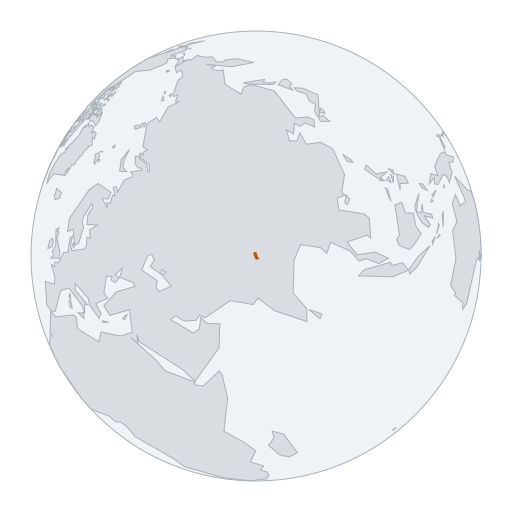 globe centered on Mahakali, rotated 314°
{"feature_id": "NPL-1128", "entity_name": "Mahakali", "entity_type": "Administrative Zone", "adm_level": 1, "iso_a3": "NPL", "parent_name": "Nepal", "parent_adm1": "", "projection": "orthographic", "projection_center": [80.565, 29.386], "detail": "fine", "context": "on_globe", "style": "filled", "palette": "amber", "viewbox_px": 512, "rotation_deg": 314, "n_neighbors": 0, "source": "natural_earth", "source_scale": "10m", "svg_char_len": 11657}
<svg xmlns="http://www.w3.org/2000/svg" viewBox="0 0 512 512"><g transform="rotate(314 256 256)"><circle cx="256" cy="256" r="225" fill="#eef3f6" stroke="#a8b0b8"/><path d="M323.5,41.1L323.6,41.3L337.0,48.3L347.4,52.8L340.3,50.6L364.0,61.4L375.2,69.5L358.8,59.2L354.2,57.3L359.9,61.8L356.5,61.0L357.2,62.9L352.6,61.8L343.4,56.5L340.2,55.8L344.4,59.2L342.5,60.6L336.7,55.7L332.7,57.8L316.5,50.8L304.9,41.1L292.1,38.6L270.2,32.9L268.4,33.4L259.0,32.4L253.5,32.9L251.0,32.3L248.7,33.3L252.0,33.8L252.1,34.6L249.2,35.1L245.5,34.2L246.4,33.8L243.8,33.9L243.2,33.3L241.8,33.9L237.7,33.2L237.4,34.8L230.4,35.0L228.9,34.3L234.8,33.2L246.1,30.9L265.7,30.9L285.3,32.6L304.6,36.0L323.5,41.1ZM214.3,34.6L213.4,34.8L217.9,34.3L211.0,35.9L201.8,37.8L197.7,38.5L193.5,39.7L192.3,40.5L179.8,44.1L163.0,50.9L160.4,52.0L160.5,52.0L177.9,44.7L195.9,38.9L214.3,34.6ZM355.5,56.6L352.1,54.4L356.6,56.9L355.5,56.6ZM358.2,63.4L360.3,64.5L359.8,65.1L358.2,63.4ZM221.5,33.6L219.7,34.0L219.8,33.9L221.5,33.6ZM225.0,33.2L226.4,32.9L228.3,32.7L227.4,32.9L225.0,33.2ZM352.2,64.0L350.8,65.1L350.7,63.0L352.2,64.0ZM223.0,33.8L231.5,32.4L234.8,32.1L234.3,32.9L223.0,33.8ZM348.9,65.0L345.6,68.2L350.0,70.5L335.8,66.3L343.3,64.7L342.4,61.7L345.6,64.1L348.9,65.0ZM254.4,33.8L250.7,33.3L256.5,33.4L254.4,33.8ZM258.1,33.8L275.8,34.1L279.7,35.5L273.0,34.9L280.3,36.9L273.6,37.4L268.0,36.5L266.8,35.3L265.1,36.5L258.1,33.8ZM328.4,63.8L326.3,64.0L326.8,62.8L328.4,63.8ZM252.6,34.9L255.9,34.7L259.5,35.9L253.7,36.6L254.4,36.0L252.6,34.9ZM285.6,37.4L287.3,38.7L282.3,39.4L282.2,40.0L273.7,37.6L285.6,37.4ZM252.1,36.0L250.7,37.1L246.3,37.1L249.7,35.3L252.1,36.0ZM262.9,35.9L264.4,36.6L261.7,36.4L262.9,35.9ZM229.8,38.5L233.6,37.7L235.8,38.2L229.8,38.5ZM250.5,37.5L252.0,37.5L253.3,37.7L251.5,38.5L250.5,37.5ZM270.8,38.4L268.3,38.6L274.0,39.4L270.5,40.3L265.5,38.6L266.1,39.7L265.1,40.0L262.2,38.4L270.8,38.4ZM253.7,40.1L246.0,38.8L238.5,39.9L236.3,39.4L248.8,37.8L253.7,40.1ZM258.9,39.2L255.2,39.6L254.3,38.5L256.4,37.7L258.9,39.2ZM269.9,41.6L276.6,40.7L277.5,41.1L269.9,41.6ZM251.6,40.5L253.5,40.9L251.2,40.7L251.6,40.5ZM264.5,41.4L266.7,40.9L267.7,41.4L264.5,41.4ZM255.4,42.1L252.9,41.6L254.2,40.9L255.4,42.1ZM259.7,41.9L260.4,42.7L256.2,40.9L260.5,41.6L259.7,41.9ZM265.0,41.9L266.3,42.1L263.9,42.1L265.0,41.9ZM251.8,45.3L246.2,43.2L249.1,41.5L254.2,43.7L251.8,45.3ZM32.5,228.2L40.3,190.9L43.3,182.7L48.8,169.4L73.5,146.8L73.3,154.4L86.6,165.4L87.3,169.2L79.8,177.9L85.0,202.7L93.7,197.3L104.4,214.2L115.2,219.9L129.5,202.2L111.8,192.3L114.6,180.9L133.5,180.6L149.9,190.1L151.5,186.1L146.0,172.7L154.8,168.1L144.7,167.6L145.1,172.8L138.8,173.0L138.1,168.3L141.2,166.6L137.7,162.4L123.7,172.3L122.6,178.7L110.3,173.9L107.2,184.4L102.1,186.5L105.4,169.9L108.9,165.3L110.8,145.0L106.0,149.2L103.9,168.9L102.3,166.0L95.8,172.7L99.5,165.3L103.1,143.6L95.4,139.5L76.8,150.0L74.1,147.1L75.8,139.1L91.3,122.1L95.6,130.7L101.2,125.8L107.8,114.7L108.5,118.6L111.8,115.4L114.1,118.6L124.8,115.3L128.3,118.0L139.6,109.7L143.0,110.2L135.3,114.8L131.9,119.8L141.5,127.6L145.4,127.1L152.0,121.3L153.8,124.6L159.0,118.1L168.0,120.4L161.3,112.4L168.9,106.5L178.2,104.5L179.5,101.4L164.3,104.7L159.4,107.5L157.0,111.9L142.4,119.4L137.6,118.4L148.3,105.9L142.6,103.5L153.5,95.7L187.8,90.0L198.4,91.9L201.1,107.4L194.5,110.0L190.2,105.5L187.6,115.1L190.9,111.7L192.5,114.7L200.1,110.6L201.5,112.6L206.3,105.5L208.9,107.5L205.8,112.0L219.3,108.5L226.6,111.9L229.0,110.3L229.4,107.5L238.4,114.2L239.8,112.7L237.4,109.9L238.4,105.3L243.9,99.9L246.7,102.5L245.1,104.8L246.0,113.9L241.4,120.1L243.1,120.6L247.8,116.0L246.7,104.8L249.2,100.9L250.7,105.8L250.3,103.7L252.4,102.7L257.2,104.2L255.9,98.8L275.4,85.8L286.5,88.2L285.6,93.5L302.2,89.3L313.4,93.7L311.1,90.9L317.5,87.8L314.1,86.3L313.5,84.8L328.3,77.8L334.0,78.7L337.8,73.8L336.7,72.6L332.7,71.5L335.8,66.3L350.0,70.5L351.9,73.0L359.5,74.5L362.8,80.4L369.0,86.4L368.2,93.0L373.3,97.7L375.7,97.8L384.3,104.8L393.7,120.0L375.4,107.1L359.3,87.2L364.9,94.9L360.5,93.3L360.6,96.2L364.9,102.1L367.3,102.7L358.0,114.7L362.0,132.8L369.4,129.8L376.4,133.8L387.5,154.9L382.6,188.5L392.0,196.7L394.1,203.1L389.5,208.6L386.2,199.2L379.5,197.3L378.3,191.5L369.8,198.2L367.8,190.3L362.2,199.9L367.0,205.5L375.2,202.1L371.2,214.5L382.6,223.5L386.5,236.5L376.1,263.1L361.6,273.3L361.2,277.6L354.1,274.1L346.7,283.7L361.5,304.7L361.7,311.3L348.7,326.0L348.1,321.3L329.3,311.8L327.1,327.9L341.4,338.8L346.4,352.8L336.0,349.7L330.8,337.4L324.1,333.7L325.0,320.0L317.6,300.2L307.0,305.0L306.9,296.6L295.1,280.2L279.4,286.3L255.1,308.5L253.3,329.4L244.2,338.1L229.5,307.4L227.0,286.5L219.1,287.7L206.1,268.5L176.2,262.3L174.2,256.3L168.1,257.5L159.3,249.7L157.3,239.8L150.9,238.6L157.0,264.6L164.1,266.0L173.3,259.0L173.4,267.7L182.1,277.1L164.1,293.3L123.5,299.1L123.5,282.8L113.2,231.5L115.7,227.2L115.8,226.6L115.9,225.5L110.9,232.1L110.5,222.3L111.7,256.6L110.2,269.9L122.8,299.8L120.7,301.5L125.9,308.4L147.7,309.3L146.9,314.3L134.2,334.2L107.6,354.7L113.5,375.8L115.5,391.2L104.1,395.0L110.3,407.4L105.2,407.9L108.4,414.1L107.2,417.7L103.3,418.5L91.1,408.8L86.2,402.7L73.7,386.4L54.6,350.4L53.3,339.3L50.4,327.4L42.1,294.4L43.6,281.8L42.4,273.6L39.3,270.6L38.5,260.7L37.1,257.7L31.4,243.9L32.5,228.2ZM58.7,162.6L56.5,166.2L58.7,162.6ZM163.1,211.1L175.5,216.0L177.0,201.6L181.9,202.5L180.5,197.5L177.0,200.6L174.8,187.3L182.7,185.6L184.8,179.8L180.7,178.0L166.6,183.5L169.6,202.1L163.7,206.2L163.1,211.1ZM127.3,97.0L125.6,100.3L121.1,102.9L116.8,101.1L123.2,97.1L127.3,97.0ZM124.4,104.6L136.3,93.6L139.5,94.8L135.7,95.9L136.6,97.8L130.7,100.1L122.2,112.7L117.6,115.9L112.0,109.8L116.3,109.8L117.6,106.3L124.4,104.6ZM160.9,68.8L166.1,65.5L166.4,72.1L161.5,74.5L156.8,72.4L159.8,68.4L160.9,68.8ZM220.6,36.1L222.5,35.4L223.5,35.5L222.7,36.1L220.6,36.1ZM231.4,38.1L213.0,39.4L214.3,38.6L202.0,41.1L200.7,40.1L208.7,38.3L198.5,39.8L205.2,37.9L197.8,39.3L215.9,35.6L221.5,34.4L215.7,36.0L216.8,36.8L219.0,36.8L229.3,36.2L241.9,34.7L245.0,35.8L243.8,37.0L241.2,37.5L240.0,36.5L237.4,38.0L233.8,37.0L231.4,38.1ZM228.0,58.5L227.7,55.8L221.9,61.2L218.2,59.1L217.8,59.9L212.8,59.6L205.9,60.8L205.1,59.6L202.8,60.7L199.4,60.7L195.9,61.9L193.2,60.2L188.8,61.6L190.1,60.1L183.1,63.0L187.1,60.2L183.1,60.4L181.4,63.0L175.3,54.2L169.7,53.7L162.8,55.1L170.5,50.8L181.9,47.2L193.7,45.0L198.0,46.5L200.7,44.7L203.6,45.0L200.3,46.3L207.1,44.5L208.6,45.2L219.1,45.0L228.1,42.6L232.2,42.8L229.4,44.1L235.4,43.4L233.0,46.1L235.8,46.4L236.3,49.7L229.3,52.6L233.0,52.7L233.5,55.6L228.0,58.5ZM251.7,46.2L244.1,49.4L238.4,50.1L240.0,44.2L237.7,43.5L238.6,40.4L246.9,39.7L245.9,40.6L246.8,41.3L243.9,41.2L247.0,41.9L245.7,43.3L247.7,44.3L244.7,45.0L251.7,46.2ZM91.7,167.4L92.9,169.3L95.6,171.2L91.5,175.8L91.7,167.4ZM93.8,152.6L95.4,153.3L91.0,160.0L89.8,158.3L93.8,152.6ZM100.1,148.2L95.9,152.8L97.4,149.3L100.1,148.2ZM137.2,115.3L139.4,115.9L138.1,117.5L135.2,119.0L137.2,115.3ZM210.0,76.2L210.8,74.0L212.3,73.8L217.9,69.7L221.1,71.2L219.0,74.2L210.0,76.2ZM124.4,203.9L119.0,206.0L118.4,203.3L120.3,203.1L124.4,203.9ZM102.8,190.5L106.0,196.1L101.7,191.7L102.8,190.5ZM214.4,77.1L216.4,75.2L216.8,77.2L214.4,77.1ZM223.8,72.1L224.9,74.1L222.2,70.9L223.8,72.1ZM226.0,474.9L230.0,476.1L226.2,475.7L226.0,474.9ZM147.0,399.8L143.3,422.4L134.5,419.4L129.4,411.2L128.5,396.6L137.7,395.3L141.3,389.3L147.0,399.8ZM394.0,374.0L399.2,373.1L398.9,374.0L394.0,374.0ZM388.6,372.7L394.8,371.2L387.3,374.9L388.6,372.7ZM397.2,370.5L403.5,366.8L406.2,364.5L405.6,366.5L397.2,370.5ZM384.3,374.0L359.8,379.5L349.8,379.0L352.4,375.4L368.6,373.0L384.3,374.0ZM351.6,375.5L336.0,368.8L313.0,343.7L321.3,343.4L345.0,357.2L343.6,360.3L353.0,366.1L351.6,375.5ZM388.4,350.5L386.8,359.4L373.5,362.0L367.3,362.0L363.1,351.8L365.5,345.7L370.6,344.8L389.2,320.5L396.0,323.5L390.6,333.4L396.0,339.5L388.4,350.5ZM254.4,331.4L260.2,343.7L255.2,345.5L254.4,331.4ZM395.7,304.4L388.9,315.2L394.8,301.6L395.7,304.4ZM398.6,292.0L399.6,296.4L396.1,292.9L398.6,292.0ZM362.0,284.0L356.6,286.2L356.0,282.9L362.5,278.3L362.0,284.0ZM389.4,247.6L391.2,257.3L390.8,260.9L387.5,255.7L389.4,247.6ZM244.5,91.0L233.1,94.7L227.0,99.2L226.9,104.3L222.2,99.1L231.6,92.1L244.5,91.0ZM271.2,85.9L271.3,82.1L274.5,83.1L274.9,84.2L271.2,85.9ZM269.0,84.1L263.0,80.7L265.1,78.2L269.4,81.3L269.0,84.1ZM238.3,77.9L234.7,78.8L234.5,77.0L238.3,77.9ZM412.7,417.9L412.5,418.1L409.8,420.3L413.0,415.7L409.0,419.4L415.1,412.8L408.1,419.7L408.9,416.9L404.8,418.2L368.1,440.6L361.4,441.7L366.0,437.0L365.5,425.9L368.0,425.4L369.9,416.5L393.2,401.5L410.7,379.9L420.4,376.7L429.7,361.0L438.6,356.9L434.1,368.1L441.2,368.9L451.4,343.4L450.4,362.6L451.9,365.5L446.5,376.2L436.3,391.0L425.0,404.9L412.7,417.9ZM474.6,309.6L475.1,307.7L475.0,308.3L474.6,309.6ZM406.9,370.6L414.6,361.6L418.4,359.6L406.9,370.6ZM474.8,308.0L474.1,309.5L474.4,308.1L474.8,308.0ZM475.3,305.0L475.5,303.4L475.2,306.5L475.3,305.0ZM474.4,304.2L474.9,305.3L474.2,304.8L474.4,304.2ZM473.7,305.8L473.0,305.8L473.1,305.2L473.7,305.8ZM461.0,322.9L464.3,329.0L460.7,332.4L457.0,329.8L452.4,338.9L443.0,344.2L445.7,338.9L444.9,333.8L434.1,337.3L431.9,334.5L436.1,329.9L428.4,330.3L436.9,324.5L440.0,331.0L444.6,322.2L451.7,319.4L458.1,317.5L462.3,319.6L461.0,322.9ZM436.2,342.3L437.6,341.6L436.1,344.6L436.2,342.3ZM471.6,304.0L472.6,305.9L472.4,307.1L471.8,307.5L471.6,304.0ZM463.5,317.3L468.4,306.2L469.4,305.2L466.0,315.8L463.5,317.3ZM467.6,303.0L469.5,301.8L470.3,304.4L469.8,305.9L467.6,303.0ZM419.0,342.8L418.5,345.2L416.2,344.3L419.0,342.8ZM422.1,340.2L428.9,339.7L421.4,342.4L422.1,340.2ZM399.7,340.3L401.9,345.0L409.0,339.2L403.5,346.0L408.0,353.1L406.2,356.9L401.9,349.1L399.7,359.4L396.5,360.2L395.2,352.4L398.6,341.1L401.7,335.8L414.3,329.7L399.7,340.3ZM422.2,333.7L420.3,328.1L421.6,323.4L423.7,325.9L422.2,333.7ZM414.1,314.9L408.3,309.3L403.7,313.7L412.6,300.0L416.7,307.7L414.1,314.9ZM408.4,300.0L404.0,304.1L408.1,296.4L408.4,300.0ZM402.6,301.9L401.5,296.8L405.3,296.4L402.6,301.9ZM410.7,299.4L410.6,290.1L412.9,294.8L410.7,299.4ZM398.5,285.4L407.4,291.6L396.8,291.1L393.8,273.8L398.1,272.1L398.5,285.4ZM406.3,206.6L403.8,202.0L407.0,199.5L407.8,203.4L406.3,206.6ZM415.0,188.6L407.0,197.4L400.1,205.0L403.5,206.4L404.1,215.5L397.8,209.1L400.7,197.6L406.4,193.4L404.8,186.0L407.5,179.5L403.2,171.2L403.6,166.7L409.2,173.1L415.0,188.6ZM401.1,167.9L394.5,152.9L401.6,152.4L404.7,155.5L404.7,162.5L400.9,162.3L401.1,167.9ZM395.0,149.3L391.3,149.2L373.9,130.5L372.0,126.6L389.0,139.6L386.4,140.3L389.4,145.3L395.0,149.3ZM328.2,65.2L326.5,64.1L329.0,64.6L328.2,65.2ZM311.4,84.1L311.0,82.1L314.0,82.5L311.4,84.1ZM311.5,77.1L308.5,77.9L310.5,76.0L311.5,77.1ZM301.8,80.2L306.7,77.8L303.7,81.7L301.8,80.2Z" fill="#d9dde1" stroke="#a8b0b8" stroke-width="1"/><path d="M257.5,252.8L257.6,253.0L257.7,253.3L257.8,253.5L257.7,253.5L257.5,253.8L257.6,254.0L257.7,254.4L257.7,254.5L257.4,254.7L257.2,254.7L257.0,254.8L256.9,254.8L256.7,254.9L256.7,255.0L256.7,255.3L256.6,255.5L256.8,255.5L257.1,255.8L257.0,256.0L256.9,256.0L256.7,256.1L256.6,256.3L256.5,256.5L256.4,256.7L256.4,256.8L256.2,256.9L256.0,257.0L255.9,257.1L255.9,257.3L255.8,257.5L255.8,257.8L255.8,258.1L255.8,258.3L255.9,258.5L255.9,258.8L255.7,258.9L255.8,259.2L255.7,259.2L255.4,259.0L255.2,259.0L255.1,258.9L255.1,258.7L254.9,258.7L254.7,258.5L254.6,258.4L254.4,258.3L254.3,258.2L254.2,258.2L254.2,257.9L254.2,257.7L254.3,257.7L254.4,257.4L254.4,257.2L254.5,257.1L254.8,257.0L254.9,256.9L254.8,256.7L255.0,256.5L255.0,256.4L254.9,256.3L254.9,256.2L254.8,255.9L254.9,255.7L255.0,255.7L255.2,255.4L255.3,255.3L255.3,255.2L255.3,254.8L255.3,254.7L255.6,254.4L255.9,254.1L256.0,253.9L256.3,253.7L256.5,253.5L256.6,253.3L256.9,253.1L257.0,253.0L256.9,252.9L257.0,252.9L257.4,252.8L257.5,252.8Z" fill="#f59e0b" stroke="#b45309" stroke-width="1.5"/></g></svg>